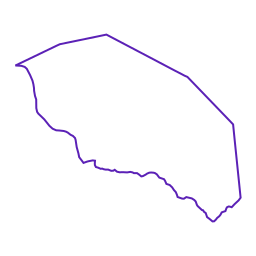 Cristalândia do Piauí, Piauí, Brazil
{"feature_id": "56859067B1752909624747", "entity_name": "Cristalândia do Piauí", "entity_type": "district", "adm_level": 2, "iso_a3": "BRA", "parent_name": "Brazil", "parent_adm1": "Piauí", "projection": "equal_earth", "projection_center": [-45.126, -10.759], "detail": "fine", "context": "isolated", "style": "outline", "palette": "violet", "viewbox_px": 256, "rotation_deg": 0, "n_neighbors": 0, "source": "geoboundaries", "source_scale": "gbopen_adm2", "svg_char_len": 1524}
<svg xmlns="http://www.w3.org/2000/svg" viewBox="0 0 256 256"><path d="M15.4,65.5L21.3,65.8L24.7,66.9L26.8,68.8L30.1,75.1L32.5,80.7L33.4,84.3L34.0,88.1L34.1,90.8L35.0,95.9L36.2,99.5L36.3,108.1L37.1,111.8L38.3,113.6L44.3,119.4L49.4,125.8L52.6,128.7L56.2,130.3L59.3,130.5L63.8,131.0L66.1,131.7L67.8,132.6L70.6,134.8L72.9,135.9L75.0,138.0L75.6,139.9L76.7,147.1L78.4,153.3L79.2,157.2L82.1,161.0L83.5,162.9L86.8,161.7L88.2,161.3L92.7,160.4L95.0,160.7L94.8,163.4L94.9,165.1L95.9,167.0L98.2,167.7L100.7,168.8L102.2,168.6L103.6,169.2L105.6,169.6L108.2,169.6L111.2,170.8L113.3,170.7L114.7,169.8L117.0,171.7L119.7,172.3L121.7,172.2L123.3,172.2L127.2,172.4L130.3,171.9L132.6,172.4L133.8,173.1L137.0,173.1L139.0,174.5L141.3,176.4L142.9,176.1L145.7,174.6L147.1,173.6L149.2,172.7L151.1,172.5L153.5,172.7L154.8,173.0L156.8,174.3L159.3,177.6L164.0,179.2L165.1,180.9L166.4,183.9L169.7,185.0L172.2,187.4L173.9,190.0L175.8,192.1L176.9,194.7L177.6,197.0L182.1,198.6L183.9,198.7L186.3,197.1L191.8,198.4L194.3,200.0L195.7,201.5L196.9,204.9L197.7,206.1L201.9,210.0L203.1,210.3L204.0,211.8L205.7,213.0L207.1,217.1L209.4,218.8L212.5,221.4L214.1,221.3L215.8,219.7L217.2,217.9L219.2,216.3L220.5,214.7L221.7,212.4L223.0,211.9L225.4,211.1L226.4,208.3L227.1,207.2L228.6,206.5L229.7,206.6L231.7,207.2L234.6,204.1L238.6,200.4L240.6,197.7L234.8,141.3L233.1,124.4L229.7,120.8L187.4,76.9L184.6,75.7L181.8,74.2L175.0,70.7L139.1,51.8L118.2,40.8L106.4,34.6L99.2,36.1L97.8,36.4L59.9,44.2L56.4,45.8L15.4,65.5Z" fill="none" stroke="#5b21b6" stroke-width="2"/></svg>